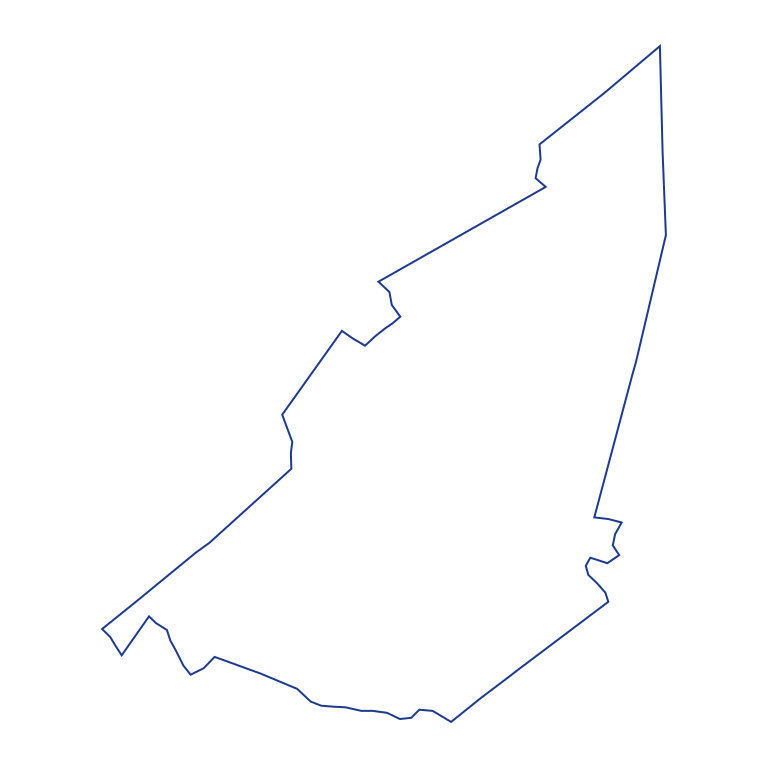 outline of Boquim, Sergipe, Brazil
{"feature_id": "56859067B73188427981672", "entity_name": "Boquim", "entity_type": "district", "adm_level": 2, "iso_a3": "BRA", "parent_name": "Brazil", "parent_adm1": "Sergipe", "projection": "mercator", "projection_center": [-37.611, -11.099], "detail": "fine", "context": "isolated", "style": "outline", "palette": "blue", "viewbox_px": 768, "rotation_deg": 0, "n_neighbors": 0, "source": "geoboundaries", "source_scale": "gbopen_adm2", "svg_char_len": 1001}
<svg xmlns="http://www.w3.org/2000/svg" viewBox="0 0 768 768"><path d="M608.3,601.8L605.4,592.7L597.2,583.4L588.3,574.9L585.8,565.8L590.3,557.7L607.3,563.2L619.2,555.1L612.8,545.5L615.1,534.2L621.7,522.5L608.1,519.0L594.3,517.4L632.5,374.2L636.0,361.9L665.9,235.1L662.6,152.5L659.9,46.1L604.2,93.1L539.5,144.4L540.6,159.6L537.5,168.3L535.6,178.2L545.7,186.9L378.4,281.7L389.4,292.0L391.8,305.0L400.3,316.7L392.7,323.2L385.0,328.5L375.5,336.0L365.0,345.7L353.0,338.6L341.9,330.9L282.2,414.7L292.3,441.9L290.9,452.6L291.3,468.8L209.3,542.9L196.1,552.4L136.1,601.6L102.1,629.0L110.3,637.1L115.1,645.2L121.7,655.3L149.0,616.4L156.0,623.1L166.9,630.0L170.4,640.7L176.0,650.8L183.4,665.6L190.7,674.7L203.7,668.2L214.6,656.9L259.9,673.3L297.2,688.9L303.7,695.0L310.7,701.6L321.2,705.7L333.6,706.7L345.4,707.3L361.5,710.9L372.9,710.9L386.9,712.8L399.9,719.0L411.3,717.8L419.3,709.7L432.7,710.9L451.1,721.9L480.9,698.0L509.6,676.3L516.8,670.7L608.3,601.8Z" fill="none" stroke="#1e3a8a" stroke-width="2"/></svg>